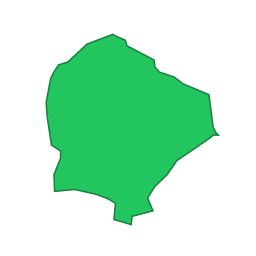 Moravske Toplice, Equal Earth projection, rotated 76°
{"feature_id": "SVN-1044", "entity_name": "Moravske Toplice", "entity_type": "Municipality", "adm_level": 1, "iso_a3": "SVN", "parent_name": "Slovenia", "parent_adm1": "", "projection": "equal_earth", "projection_center": [16.276, 46.713], "detail": "fine", "context": "isolated", "style": "filled", "palette": "green", "viewbox_px": 256, "rotation_deg": 76, "n_neighbors": 0, "source": "natural_earth", "source_scale": "10m", "svg_char_len": 656}
<svg xmlns="http://www.w3.org/2000/svg" viewBox="0 0 256 256"><g transform="rotate(76 128 128)"><path d="M156.8,42.1L155.5,46.8L157.8,51.6L171.5,88.5L182.8,101.4L191.3,116.2L200.6,125.9L214.4,123.8L214.7,145.4L222.5,148.4L221.0,150.8L213.4,163.8L208.9,162.2L197.9,158.4L191.5,165.0L184.7,174.8L174.8,194.5L171.7,214.6L155.3,211.1L140.9,200.7L134.0,199.0L126.1,206.4L98.4,203.8L83.6,201.3L61.3,191.1L55.9,186.6L49.9,180.0L49.4,170.5L36.6,147.3L33.5,120.1L36.1,117.3L42.2,109.3L47.9,109.2L68.3,86.3L75.6,87.1L81.4,84.0L89.8,70.8L98.3,64.1L115.3,41.4L147.9,45.2L153.7,43.8L156.1,42.5L156.8,42.1Z" fill="#22c55e" stroke="#15803d" stroke-width="1.5"/></g></svg>